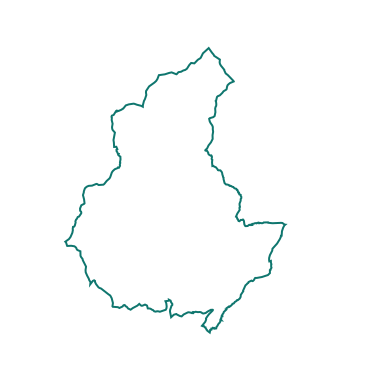 the district of Mihaileni, Sibiu, Romania, rotated 295°
{"feature_id": "2599482B13482598439545", "entity_name": "Mihaileni", "entity_type": "district", "adm_level": 2, "iso_a3": "ROU", "parent_name": "Romania", "parent_adm1": "Sibiu", "projection": "robinson", "projection_center": [24.371, 45.991], "detail": "fine", "context": "isolated", "style": "outline", "palette": "teal", "viewbox_px": 384, "rotation_deg": 295, "n_neighbors": 0, "source": "geoboundaries", "source_scale": "gbopen_adm2", "svg_char_len": 5945}
<svg xmlns="http://www.w3.org/2000/svg" viewBox="0 0 384 384"><g transform="rotate(295 192 192)"><path d="M201.8,290.3L201.6,289.7L202.1,287.0L201.7,285.8L197.7,278.1L196.3,274.0L196.6,273.7L194.7,269.9L194.0,269.5L193.3,268.7L192.5,266.0L192.1,266.1L192.0,265.9L192.3,265.6L192.3,265.0L190.9,263.8L191.0,263.4L190.2,262.1L189.2,261.2L188.5,260.0L187.9,259.9L187.5,260.4L186.9,259.4L187.1,258.9L186.4,258.1L186.4,257.7L184.7,256.8L183.7,255.0L183.7,254.6L184.7,253.2L187.7,251.3L188.6,250.1L188.6,249.8L187.8,249.2L187.3,248.0L185.6,247.4L185.4,246.5L185.7,246.0L186.7,245.1L186.8,244.4L188.1,243.3L188.2,242.3L191.6,242.2L195.9,242.8L197.3,241.9L198.1,241.6L198.7,241.8L200.3,240.6L201.6,240.0L204.6,239.8L206.2,239.1L207.0,239.3L208.4,238.8L209.0,237.9L210.0,237.3L209.8,236.0L210.7,234.9L211.0,235.1L211.3,234.8L211.5,234.3L211.3,233.9L212.4,233.0L212.7,232.0L213.1,232.0L213.1,231.4L213.6,230.8L213.3,228.9L214.0,227.3L213.7,226.3L214.0,225.2L213.5,223.9L213.9,223.3L213.6,222.9L213.8,222.3L213.8,221.3L213.2,219.6L213.9,217.7L217.2,215.0L218.4,214.5L218.7,213.8L220.1,212.8L220.4,212.3L221.8,211.4L222.7,210.5L223.6,208.6L222.8,206.7L222.8,206.2L223.3,205.7L224.5,203.2L224.4,201.4L224.7,200.3L224.1,199.5L227.4,197.6L229.7,196.8L229.7,196.5L230.3,195.8L232.2,195.3L232.9,194.7L233.3,194.1L232.8,193.6L233.1,191.3L233.7,190.5L234.5,190.1L236.0,187.7L235.3,187.2L235.3,186.5L235.6,186.4L238.0,187.3L241.2,187.3L245.0,188.2L248.8,188.3L252.2,186.6L255.5,185.7L257.5,184.4L259.7,183.4L260.9,182.2L262.2,179.9L263.4,178.3L265.6,176.6L266.5,177.0L268.8,179.6L270.4,180.4L274.2,179.5L277.5,177.7L279.1,177.4L280.3,177.5L281.9,176.9L284.2,175.5L284.5,175.0L285.1,175.2L288.6,174.5L289.6,174.8L291.4,176.4L294.6,177.6L296.6,178.0L299.3,179.8L299.9,179.9L302.1,179.3L303.7,179.1L305.2,179.6L306.8,180.4L309.8,183.1L310.2,182.6L313.1,175.1L313.7,172.4L315.9,169.8L316.4,169.6L318.8,164.7L320.0,163.1L321.3,162.2L323.8,161.3L324.8,154.5L325.6,153.6L326.7,151.2L329.5,146.3L322.3,143.3L317.4,143.2L316.6,142.9L314.3,141.4L309.6,139.8L308.6,136.7L306.1,135.9L301.6,135.3L299.8,134.3L298.4,132.7L296.4,131.3L294.9,129.1L292.3,128.3L292.1,128.1L291.8,123.0L290.2,120.9L287.2,117.7L283.9,112.6L279.8,112.9L277.5,112.6L275.3,111.7L269.6,108.5L264.1,107.7L262.6,108.3L260.6,109.6L256.4,110.1L254.1,110.0L249.9,110.8L248.5,111.4L248.6,109.4L247.8,105.1L247.6,102.6L247.3,101.6L244.7,97.7L242.5,95.4L238.4,94.4L238.2,94.0L236.9,93.4L234.3,91.1L234.2,90.4L233.3,90.0L233.8,89.3L233.4,89.0L228.7,88.4L227.3,87.1L226.0,87.3L225.6,87.9L223.3,88.8L220.3,91.2L217.0,92.1L215.4,93.1L214.6,94.0L213.3,97.0L205.9,98.9L203.8,100.3L199.9,102.4L201.0,104.3L199.2,106.3L198.3,105.7L197.0,106.5L196.5,107.5L195.1,108.9L195.4,109.5L194.4,109.6L193.9,111.1L193.8,112.1L191.4,113.4L188.4,114.2L188.1,114.7L186.3,115.0L185.3,115.7L183.1,115.5L182.9,114.6L182.5,114.7L180.0,112.4L177.6,111.4L175.8,111.1L171.2,111.6L169.5,111.5L166.0,110.0L162.2,109.1L161.2,108.6L158.9,104.5L159.1,102.4L158.8,101.8L155.5,98.7L154.0,95.9L153.3,95.2L152.2,94.3L150.1,93.4L146.9,93.7L145.9,94.1L143.1,94.5L139.7,97.3L136.3,99.4L135.8,99.3L133.2,97.3L129.8,97.5L128.2,98.3L127.7,98.6L127.3,99.8L126.3,100.5L125.7,100.6L122.0,100.0L121.0,99.0L119.2,99.0L117.9,98.6L116.2,98.7L115.2,99.4L112.0,100.0L110.8,99.8L110.1,98.9L108.1,99.5L107.2,100.1L104.5,100.8L99.9,100.9L97.4,100.4L93.4,98.2L93.0,99.2L90.4,101.6L90.5,102.0L92.2,105.2L93.1,108.3L92.9,109.6L92.4,110.7L91.2,112.0L91.0,113.0L91.1,115.9L87.1,117.9L86.3,118.8L85.0,121.2L84.0,121.9L79.6,127.5L76.3,128.5L74.3,129.6L71.9,132.3L69.8,135.1L68.7,136.1L67.4,138.1L65.4,138.8L69.5,139.7L70.6,140.6L70.4,141.7L69.4,142.2L68.0,143.9L66.1,147.5L65.9,148.8L66.1,150.0L66.0,150.8L64.0,159.4L63.6,161.7L61.8,164.1L57.9,167.3L54.8,168.2L54.5,168.7L56.3,173.5L56.2,175.2L58.8,177.4L60.4,177.8L61.0,178.5L61.0,179.2L60.4,180.1L60.4,181.4L59.4,183.3L59.4,186.1L61.8,187.4L65.9,190.5L68.3,191.5L67.6,193.6L67.6,194.2L67.7,194.7L68.3,195.4L70.1,197.0L70.1,199.0L69.9,199.4L67.8,201.1L68.6,203.1L68.6,204.7L68.4,205.4L68.5,206.6L67.9,208.2L68.2,209.6L69.2,210.8L69.7,212.2L69.9,213.5L74.2,218.0L75.8,218.0L77.6,217.4L80.3,215.7L81.8,214.1L83.9,217.2L84.6,216.7L84.5,218.5L83.2,219.7L82.2,221.5L81.2,221.9L80.3,221.5L75.8,222.0L74.3,222.6L69.7,226.0L73.1,227.4L74.6,229.1L74.8,229.4L74.6,230.1L74.5,233.5L74.9,235.2L77.5,236.2L81.0,239.0L81.5,239.6L82.0,241.2L82.2,243.2L82.7,244.3L82.9,244.3L82.9,243.5L83.2,243.3L83.7,243.6L84.1,245.0L85.0,245.9L85.6,248.1L86.6,249.9L86.8,251.3L86.5,252.8L86.7,253.7L88.1,255.5L90.4,256.8L93.2,258.9L94.0,260.5L93.9,260.8L93.2,260.8L88.3,259.0L86.0,258.5L83.3,258.1L82.4,258.7L80.0,258.9L74.9,257.6L74.9,258.4L75.6,259.2L74.8,260.5L75.0,261.5L74.4,261.8L73.8,262.9L73.3,263.4L73.2,264.0L72.8,264.4L72.1,267.5L73.9,267.1L74.6,266.7L75.1,266.9L75.4,267.7L76.4,267.4L76.5,267.9L77.8,268.3L77.8,268.5L77.5,269.1L78.1,269.7L77.7,270.2L78.6,271.6L79.9,271.2L80.7,271.5L84.1,271.8L84.8,272.2L86.2,272.4L87.5,272.0L87.9,272.2L88.1,272.8L88.5,271.7L89.2,271.7L89.6,272.0L89.9,271.7L91.5,271.5L92.0,272.0L92.5,271.3L93.4,271.6L93.8,271.3L95.4,271.7L96.7,271.5L99.6,272.7L100.0,272.2L100.6,272.8L101.3,272.4L103.2,273.5L103.2,273.8L103.8,273.9L103.8,274.5L104.7,274.8L104.8,275.1L106.6,275.8L107.5,275.9L107.5,276.1L108.4,276.5L108.8,277.0L110.5,277.3L111.6,278.1L112.4,278.5L112.8,278.4L113.3,278.8L113.5,279.3L115.6,280.3L117.4,280.4L119.5,279.7L123.7,280.4L124.1,280.0L130.0,279.9L131.5,280.6L132.5,280.8L133.3,281.4L134.3,281.3L136.8,283.3L136.7,284.3L137.2,284.9L138.7,285.4L140.2,285.4L140.8,285.6L141.4,286.9L144.5,291.3L147.7,294.7L148.8,295.9L151.4,296.9L153.7,295.8L153.8,296.0L154.5,296.1L154.9,295.7L156.1,296.1L157.2,295.9L157.4,295.5L159.7,294.4L160.1,294.5L161.3,293.4L162.9,292.6L161.8,291.4L162.8,290.7L164.8,289.8L167.7,289.3L172.7,289.5L174.6,288.9L181.2,290.9L186.4,291.5L188.7,291.5L190.0,291.1L190.3,291.7L194.5,290.1L198.1,289.7L200.7,289.8L201.8,290.3Z" fill="none" stroke="#0f766e" stroke-width="2"/></g></svg>